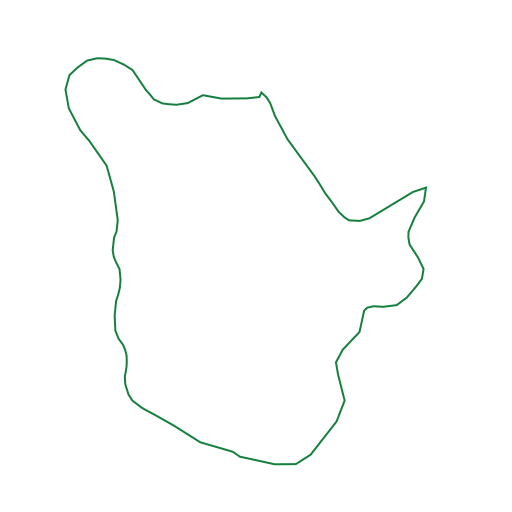 San Miguel Sigüila, Quezaltenango, Guatemala, rotated 265°
{"feature_id": "79465075B47659250151681", "entity_name": "San Miguel Sigüila", "entity_type": "district", "adm_level": 2, "iso_a3": "GTM", "parent_name": "Guatemala", "parent_adm1": "Quezaltenango", "projection": "mercator", "projection_center": [-91.6, 14.9], "detail": "fine", "context": "isolated", "style": "outline", "palette": "green", "viewbox_px": 512, "rotation_deg": 265, "n_neighbors": 0, "source": "geoboundaries", "source_scale": "gbopen_adm2", "svg_char_len": 1317}
<svg xmlns="http://www.w3.org/2000/svg" viewBox="0 0 512 512"><g transform="rotate(265 256 256)"><path d="M115.3,128.4L112.7,131.9L106.8,141.0L94.1,159.5L75.3,184.2L62.9,216.0L57.5,222.4L46.9,256.4L45.2,277.5L53.3,293.1L84.2,321.9L104.3,331.7L130.8,327.4L143.1,326.4L155.2,334.3L171.3,352.5L192.2,359.0L194.9,362.6L195.7,368.8L194.3,378.3L194.8,391.9L201.5,402.7L212.4,413.6L218.8,419.3L228.5,421.8L240.3,417.3L254.0,410.0L261.1,409.4L266.7,410.0L280.4,417.3L295.7,428.1L309.3,431.3L306.1,417.9L283.7,372.3L281.9,362.6L283.4,351.8L286.7,347.6L292.8,342.2L303.5,336.0L312.6,330.3L321.8,325.8L330.3,321.3L369.5,297.6L393.8,287.1L406.9,283.5L413.2,280.3L418.4,275.6L414.1,273.2L413.8,261.0L415.8,235.4L420.8,217.2L414.3,201.3L413.6,189.8L414.9,181.8L416.2,176.0L420.9,167.9L426.0,164.5L430.8,160.9L452.0,149.2L457.9,141.5L463.6,131.6L465.8,123.1L466.8,115.0L465.4,104.8L459.4,94.8L452.4,85.9L438.5,80.7L419.4,82.4L396.6,91.9L385.0,100.1L358.9,115.1L332.5,120.0L303.6,121.4L292.6,119.2L286.7,116.2L274.1,113.7L267.3,114.3L262.9,115.7L254.8,118.9L244.2,119.0L236.2,117.6L229.4,115.3L223.3,112.7L209.0,110.0L193.8,109.4L185.6,111.9L178.9,115.9L173.8,117.5L168.1,118.4L161.3,118.0L156.7,117.3L152.1,116.2L147.2,114.8L139.6,114.6L129.2,116.9L122.7,120.3L115.3,128.4Z" fill="none" stroke="#15803d" stroke-width="2"/></g></svg>